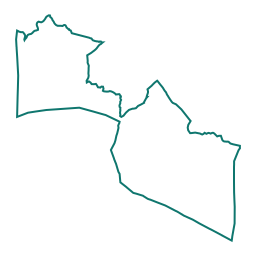 Santiago Ayuquililla, Oaxaca, Mexico
{"feature_id": "50627088B92936623710949", "entity_name": "Santiago Ayuquililla", "entity_type": "district", "adm_level": 2, "iso_a3": "MEX", "parent_name": "Mexico", "parent_adm1": "Oaxaca", "projection": "mercator", "projection_center": [-97.985, 17.92], "detail": "fine", "context": "isolated", "style": "outline", "palette": "teal", "viewbox_px": 256, "rotation_deg": 0, "n_neighbors": 0, "source": "geoboundaries", "source_scale": "gbopen_adm2", "svg_char_len": 4604}
<svg xmlns="http://www.w3.org/2000/svg" viewBox="0 0 256 256"><path d="M102.7,42.4L102.2,42.4L101.8,42.5L101.5,42.4L101.2,41.9L100.9,41.5L100.6,41.5L100.1,41.6L99.9,41.5L99.7,41.5L99.3,41.6L99.2,41.8L98.6,41.8L98.4,41.6L97.8,41.4L96.6,41.4L96.2,41.2L95.2,41.1L93.8,40.6L93.6,40.5L92.9,40.3L92.4,39.8L92.1,39.3L91.7,38.8L91.5,38.5L91.1,38.3L90.5,38.3L89.1,37.7L71.8,33.2L71.6,32.8L71.4,32.3L71.2,31.6L70.9,30.8L70.6,30.4L69.9,30.2L69.3,30.1L69.1,29.2L68.4,29.1L68.0,28.8L67.4,28.2L67.1,27.9L66.6,27.6L66.4,27.1L66.0,26.2L65.6,25.5L65.0,25.1L64.2,25.0L63.7,25.2L63.1,25.6L62.6,26.0L60.8,25.8L59.9,25.8L57.8,25.8L57.7,25.7L57.4,25.7L57.0,25.5L56.4,25.2L55.9,24.9L55.4,24.3L54.9,23.9L54.4,23.2L54.0,22.4L53.6,21.5L53.1,20.9L52.5,20.1L52.2,19.1L52.0,18.9L51.8,18.5L51.4,17.9L51.0,17.6L50.6,17.3L50.2,16.9L50.2,16.5L50.1,16.0L50.0,15.7L49.9,15.4L49.3,15.4L48.9,15.4L48.5,15.4L48.0,15.8L47.3,16.2L46.6,16.6L46.2,17.1L45.7,17.8L45.5,18.4L44.1,20.3L43.3,21.2L42.0,22.0L41.2,22.3L40.2,22.1L38.8,21.7L38.5,21.7L37.7,22.2L37.2,22.7L36.9,23.5L36.7,24.2L36.8,25.2L37.1,26.2L37.4,26.8L37.7,27.6L38.0,28.8L38.0,29.8L36.2,30.5L35.3,30.6L34.8,30.8L34.2,31.1L33.7,31.5L32.6,32.7L32.2,33.1L31.5,33.6L30.9,34.0L30.2,34.1L29.3,34.3L28.5,34.6L27.8,35.0L27.4,35.6L27.0,36.2L26.8,36.8L26.5,37.6L25.8,38.4L25.1,39.1L24.5,40.1L24.3,39.5L24.4,39.1L24.5,38.6L24.7,38.0L24.8,37.6L25.1,36.4L25.2,35.8L25.0,35.1L24.7,34.6L24.4,33.9L24.0,33.6L23.6,32.9L23.2,32.4L22.6,32.1L20.9,32.2L20.4,32.0L19.7,31.8L19.1,31.7L18.2,31.1L17.5,30.8L17.1,30.6L16.1,39.4L16.5,46.7L16.6,47.1L16.6,48.1L17.2,57.3L18.2,75.5L17.9,87.3L17.6,96.8L17.1,116.9L28.0,112.7L35.8,111.5L46.3,110.0L49.2,109.8L79.3,107.7L94.2,111.8L94.5,111.9L104.0,114.6L105.6,115.0L106.0,115.2L108.5,116.4L119.6,121.7L119.4,122.6L119.4,122.9L118.8,124.1L118.3,125.3L118.2,125.7L118.5,127.8L118.2,129.2L117.2,133.4L116.4,135.7L115.4,140.4L114.5,143.2L110.9,150.0L114.0,158.5L114.1,159.0L114.5,160.1L114.8,160.7L115.1,161.6L116.0,163.7L118.4,171.8L119.6,173.9L120.2,180.6L120.4,182.4L121.1,182.9L121.7,183.4L126.3,187.0L127.2,187.8L133.3,192.9L136.4,193.7L140.9,195.1L142.9,195.7L143.9,196.4L147.7,198.8L149.6,199.5L149.9,199.5L157.5,202.5L165.3,205.5L175.3,210.7L177.4,211.7L184.0,215.7L192.7,219.6L199.3,223.4L201.0,224.3L209.5,228.8L211.0,229.5L231.7,240.6L231.9,239.5L232.1,238.0L232.3,236.3L234.6,223.5L234.7,206.8L234.4,200.0L234.2,194.7L234.1,192.3L234.0,181.9L234.0,180.3L234.0,179.7L234.0,177.6L234.0,177.3L234.0,176.7L234.0,176.3L234.0,173.0L234.0,169.8L234.0,168.4L234.0,166.8L234.1,164.8L234.1,162.8L234.1,161.2L234.8,159.5L238.5,150.3L238.6,150.2L239.0,149.5L239.9,148.4L239.9,146.8L239.9,145.8L233.1,144.3L230.4,143.5L228.6,141.8L227.8,141.6L226.9,141.7L226.1,141.6L224.6,141.5L223.5,141.2L222.5,140.2L222.3,139.9L220.9,135.8L218.9,135.8L217.2,136.4L216.8,136.0L214.4,133.6L213.4,132.9L212.8,132.8L211.9,133.0L211.7,133.1L211.4,133.2L210.7,133.6L209.5,133.1L208.5,132.9L208.1,133.0L206.4,133.8L204.6,132.8L203.5,133.9L202.2,134.5L201.4,134.2L199.9,133.5L197.7,133.1L195.2,132.6L191.2,133.1L190.1,133.1L188.2,130.3L187.7,127.6L188.3,124.8L189.8,122.4L190.6,121.0L190.0,120.3L181.4,109.4L176.0,104.3L172.8,102.9L172.4,102.5L172.1,102.2L171.8,101.9L171.6,101.6L171.3,101.2L169.8,99.0L169.1,97.9L168.8,97.5L168.7,97.3L168.4,96.8L168.3,96.6L168.1,96.2L167.5,95.4L167.1,94.7L166.7,94.0L166.7,93.9L166.0,92.3L165.9,92.2L165.7,92.0L165.6,91.8L165.5,91.7L165.2,91.4L164.9,91.0L164.8,90.9L164.6,90.6L164.4,90.3L163.9,89.5L162.9,87.8L161.4,85.9L160.3,84.6L157.5,81.0L157.2,80.7L154.7,82.6L154.0,83.3L152.8,84.5L152.6,84.7L151.8,85.6L147.5,89.3L147.7,90.1L148.0,91.3L148.0,91.7L148.0,92.2L147.9,92.8L147.5,94.1L146.9,95.8L146.5,97.4L147.0,97.3L146.4,98.0L146.4,97.8L146.3,98.0L144.0,102.2L144.1,102.8L143.9,102.9L140.8,104.6L138.1,105.9L135.9,108.2L133.4,108.7L132.5,108.7L129.0,109.9L126.0,112.6L123.5,115.7L121.3,116.9L120.1,116.0L120.4,114.5L120.0,113.0L120.4,110.0L120.2,109.4L120.4,107.7L119.6,106.9L119.5,105.3L120.3,103.2L120.2,101.8L121.1,99.9L120.4,98.7L120.3,97.3L120.8,97.1L120.9,96.3L120.3,95.6L119.4,94.2L118.7,94.2L115.9,94.5L115.5,93.9L113.6,92.5L112.4,91.9L111.2,91.4L109.7,91.1L108.7,91.5L107.5,91.6L106.4,91.6L105.3,91.5L104.5,91.4L103.8,91.3L102.9,90.8L103.5,88.7L103.0,86.7L101.4,86.6L100.3,87.6L99.3,87.4L98.0,87.3L96.7,85.0L95.9,83.9L94.5,84.1L94.2,84.2L91.6,84.1L90.6,82.6L88.9,81.4L86.8,82.5L86.6,80.8L88.3,77.8L88.7,75.8L88.4,73.5L88.6,69.9L88.6,67.9L88.8,65.7L87.7,63.0L87.6,62.7L87.7,60.8L87.5,58.5L87.2,55.3L91.0,53.0L94.8,50.1L95.4,49.6L96.6,48.4L98.3,46.1L99.6,44.7L101.2,43.8L101.8,43.1L102.7,42.4Z" fill="none" stroke="#0f766e" stroke-width="2"/></svg>